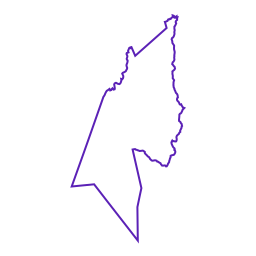 Riacho Frio, Piauí, Brazil (Equal Earth projection)
{"feature_id": "56859067B56089462562487", "entity_name": "Riacho Frio", "entity_type": "district", "adm_level": 2, "iso_a3": "BRA", "parent_name": "Brazil", "parent_adm1": "Piauí", "projection": "equal_earth", "projection_center": [-44.706, -9.934], "detail": "fine", "context": "isolated", "style": "outline", "palette": "violet", "viewbox_px": 256, "rotation_deg": 0, "n_neighbors": 0, "source": "geoboundaries", "source_scale": "gbopen_adm2", "svg_char_len": 3355}
<svg xmlns="http://www.w3.org/2000/svg" viewBox="0 0 256 256"><path d="M137.8,240.6L137.4,207.1L139.8,195.5L141.4,188.1L132.6,149.5L134.1,149.2L135.1,149.1L135.9,149.7L136.7,149.8L137.7,150.3L138.3,150.4L139.6,151.0L140.7,150.9L142.8,150.6L144.0,151.3L144.8,151.9L144.8,153.0L145.5,154.0L146.6,155.0L147.8,156.4L149.1,157.2L150.2,159.1L151.7,160.5L152.7,160.7L154.7,160.3L155.3,160.3L156.6,160.7L157.2,161.6L158.3,161.8L159.1,162.5L160.5,163.2L160.9,164.2L161.4,164.7L162.1,165.6L163.3,165.6L164.8,165.4L165.4,165.6L166.0,166.4L166.7,166.3L167.5,165.1L168.0,163.8L169.1,162.1L169.3,160.8L169.7,159.7L170.0,158.3L170.5,157.6L170.6,156.8L170.6,155.9L171.3,155.4L172.3,155.2L173.5,154.9L174.1,154.6L174.6,153.8L175.2,152.7L175.3,151.4L174.9,150.4L174.3,149.9L174.7,149.1L174.4,148.3L173.6,147.6L172.9,146.7L172.5,145.8L171.6,143.8L171.4,142.5L171.8,141.4L172.2,140.7L172.6,141.4L173.4,141.0L174.1,141.2L175.2,141.5L176.2,141.3L176.7,139.9L176.7,138.9L176.4,137.1L176.9,135.7L177.4,135.2L178.2,134.4L178.9,133.9L179.3,132.7L180.3,131.9L180.1,130.9L180.4,130.1L181.0,128.9L181.5,127.9L181.6,126.7L182.1,126.0L181.8,125.1L181.7,124.0L180.8,123.0L180.5,122.1L179.1,121.0L179.0,119.9L179.2,117.9L179.3,116.6L179.4,114.5L180.0,113.7L180.6,113.5L181.3,112.8L181.8,111.7L182.3,110.7L182.6,109.7L184.3,108.0L183.6,107.7L182.8,107.4L182.3,106.4L181.7,105.6L181.2,104.3L180.2,104.6L179.6,104.1L178.9,102.3L178.0,101.3L177.4,100.7L177.0,99.8L177.0,99.0L177.3,98.0L177.9,97.5L177.7,96.1L177.6,95.2L177.0,93.9L175.9,92.8L175.5,91.7L175.2,90.9L174.5,89.6L174.4,88.7L173.6,87.0L173.6,85.9L173.4,85.1L173.5,84.0L173.5,82.5L173.7,81.5L174.1,80.2L173.2,78.9L172.7,78.2L172.8,77.1L172.8,76.0L172.7,75.0L172.4,74.0L172.5,72.6L172.4,71.4L173.0,70.9L174.4,69.7L175.0,68.6L174.6,66.8L173.8,66.1L173.2,65.2L172.2,64.1L172.7,62.3L173.6,61.5L174.1,60.5L174.4,59.8L174.3,58.7L174.2,57.1L174.4,56.3L174.3,55.3L174.6,53.2L174.7,52.0L174.4,50.6L174.1,49.5L174.0,47.9L174.1,46.6L174.1,45.5L173.1,44.0L172.4,43.0L172.3,41.6L172.1,40.5L171.6,39.2L172.2,37.9L173.0,37.5L173.4,36.9L173.8,36.2L174.1,35.3L174.4,34.4L174.5,33.1L174.3,32.2L174.6,30.8L174.7,30.0L174.4,29.0L174.4,27.7L174.4,26.6L175.0,25.9L175.6,24.7L176.2,23.3L175.7,22.4L175.8,21.3L176.3,20.6L177.1,19.9L177.1,18.4L177.4,17.4L176.7,17.6L176.6,16.3L175.8,16.9L175.2,17.7L174.6,17.7L174.5,16.4L173.6,15.7L172.7,15.4L173.0,17.1L172.1,17.4L171.5,17.8L171.1,18.4L170.6,19.0L170.0,18.8L169.1,19.5L168.4,19.3L167.9,19.9L167.5,20.9L166.3,21.4L165.6,21.8L164.9,21.9L166.6,28.0L135.2,55.8L131.1,46.3L131.2,47.4L130.7,48.1L129.9,47.6L129.3,47.9L128.1,50.7L128.2,51.7L128.5,52.4L126.8,53.0L126.5,54.0L127.0,55.1L127.4,56.1L127.2,57.3L126.7,58.7L126.9,59.6L127.6,60.4L127.6,61.3L127.3,62.8L126.9,63.7L126.5,64.9L126.5,65.7L126.8,66.8L127.2,67.9L127.0,68.9L126.4,69.9L125.8,71.2L124.6,72.0L122.8,72.8L122.2,73.6L122.7,74.7L123.2,75.7L123.3,76.9L123.0,78.2L122.3,79.2L121.2,78.9L121.4,79.9L121.2,81.1L120.8,82.4L120.2,83.5L119.3,84.1L117.6,83.7L116.3,82.9L115.5,82.9L114.6,83.5L114.2,84.4L114.8,88.3L114.6,89.3L113.6,89.6L113.0,88.9L112.5,88.3L111.9,88.9L111.3,90.0L110.2,90.4L109.9,89.5L109.5,88.9L108.1,90.0L106.8,90.8L106.1,91.8L105.3,93.4L104.6,95.1L103.9,96.2L103.4,96.9L88.4,139.7L84.5,150.7L71.7,186.5L81.8,185.5L87.0,185.0L89.3,184.8L94.1,184.3L106.3,200.1L113.3,209.1L137.8,240.6Z" fill="none" stroke="#5b21b6" stroke-width="2"/></svg>